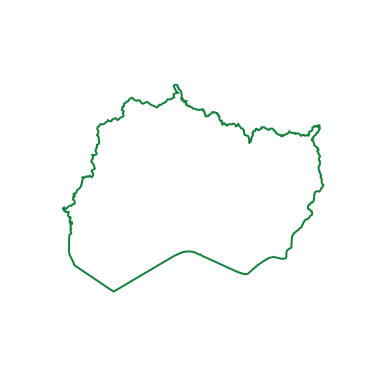 Nyamasheke, Western, Rwanda, rotated 214°
{"feature_id": "39286606B22601397790462", "entity_name": "Nyamasheke", "entity_type": "district", "adm_level": 2, "iso_a3": "RWA", "parent_name": "Rwanda", "parent_adm1": "Western", "projection": "albers", "projection_center": [29.106, -2.358], "detail": "fine", "context": "isolated", "style": "outline", "palette": "green", "viewbox_px": 384, "rotation_deg": 214, "n_neighbors": 0, "source": "geoboundaries", "source_scale": "gbopen_adm2", "svg_char_len": 6066}
<svg xmlns="http://www.w3.org/2000/svg" viewBox="0 0 384 384"><g transform="rotate(214 192 192)"><path d="M295.0,172.0L293.1,171.2L292.2,169.9L293.3,168.3L295.3,167.0L293.9,166.5L293.7,165.3L293.2,164.9L292.9,163.6L293.3,162.7L292.7,161.9L292.7,161.1L289.2,159.9L285.6,157.1L286.9,154.5L286.9,153.1L284.0,151.9L284.0,151.2L283.3,150.5L283.2,149.1L283.6,148.0L285.7,148.4L286.2,147.8L286.4,146.7L288.4,145.9L288.2,145.2L289.2,144.0L289.6,143.6L290.4,143.6L291.0,142.8L289.7,142.1L289.2,139.5L288.1,137.8L288.0,136.2L287.3,135.5L287.3,132.3L288.2,129.5L288.2,128.2L287.4,126.5L287.5,126.0L289.1,124.6L289.1,124.2L288.6,123.6L286.9,123.2L286.9,122.2L287.7,121.7L287.0,120.9L287.1,119.9L286.2,119.2L285.4,119.3L283.7,118.2L282.7,116.8L283.1,115.8L284.3,114.8L284.2,113.2L285.6,112.5L286.5,110.4L286.9,107.5L287.3,107.3L289.4,107.7L289.8,106.5L289.5,105.8L288.7,105.7L288.3,106.3L288.3,105.7L287.7,105.6L287.4,104.9L286.1,104.8L286.1,105.2L284.2,105.4L283.2,106.3L283.1,105.5L282.1,104.7L281.7,103.1L279.7,102.5L278.8,103.2L278.2,102.8L278.2,101.5L277.5,101.3L277.2,99.5L276.5,98.3L275.8,98.3L275.9,99.0L275.6,99.3L275.1,99.1L275.2,99.6L274.6,99.8L273.8,98.9L273.7,98.1L274.3,97.6L274.4,96.9L273.8,96.5L273.0,94.7L271.7,94.3L271.4,93.2L271.7,92.7L268.9,90.1L269.7,88.4L268.8,86.2L260.7,73.9L258.4,71.5L251.6,67.7L248.5,65.5L206.9,65.5L201.2,65.8L171.2,128.8L167.9,134.3L165.7,137.3L162.4,140.3L159.6,142.1L156.6,143.3L150.7,144.3L150.1,145.0L148.3,144.7L146.0,145.1L109.7,151.1L103.5,152.9L101.5,153.9L100.1,155.2L96.7,168.0L93.1,176.9L90.8,181.1L87.9,183.9L80.0,186.9L77.8,188.8L77.4,189.9L77.7,191.3L80.1,194.9L80.5,196.9L79.6,199.7L78.1,201.2L78.3,201.1L83.9,210.4L84.5,214.3L83.0,219.5L82.4,220.3L82.6,221.5L81.5,224.1L82.1,225.4L82.0,227.7L82.6,228.8L82.3,230.3L82.7,231.2L82.5,232.3L81.1,234.3L80.5,235.8L80.7,238.0L79.8,240.3L80.3,241.4L81.1,241.8L81.7,242.9L83.1,242.7L84.4,243.4L85.5,242.9L86.7,243.1L86.9,243.9L87.7,244.7L88.0,245.8L87.4,247.1L87.8,247.6L86.8,249.9L87.1,250.2L86.2,250.9L86.4,251.4L86.1,252.7L86.7,254.3L87.3,254.5L88.4,257.2L89.2,258.0L89.2,259.1L89.9,260.1L89.7,261.4L89.0,262.3L88.0,263.2L87.1,263.2L86.6,263.7L86.6,266.6L87.0,267.3L86.7,267.8L86.7,270.2L87.1,270.4L87.3,271.5L88.7,271.6L89.8,272.3L91.8,275.4L93.6,276.0L94.0,277.6L94.5,277.8L94.6,278.4L97.4,279.7L97.9,280.7L98.7,280.8L99.4,281.3L101.3,284.2L101.1,285.5L101.5,286.1L101.7,287.0L102.3,287.4L102.5,288.3L103.1,288.5L103.5,289.3L104.2,289.3L105.1,290.2L105.7,291.5L105.6,292.6L105.9,293.2L107.3,294.1L108.4,294.2L109.2,295.2L110.9,295.9L111.2,296.4L110.6,297.3L111.3,298.3L112.8,298.9L113.3,298.5L114.6,299.0L116.7,299.1L119.3,301.6L121.5,302.0L121.2,302.6L121.8,302.5L122.1,303.0L121.9,304.4L122.3,304.8L121.9,305.7L122.0,307.1L121.3,309.0L121.8,310.7L121.0,311.6L121.3,312.2L121.0,312.7L121.3,314.5L121.7,314.8L121.6,315.9L122.2,316.1L122.0,316.5L122.6,316.8L122.6,317.1L123.2,317.3L123.2,318.3L123.7,318.5L124.2,318.0L124.0,317.1L124.9,317.3L124.8,316.1L126.5,315.9L126.7,314.9L127.2,315.0L127.7,314.5L127.6,313.7L128.1,312.6L127.0,311.1L127.0,309.9L127.1,309.2L128.3,308.1L128.4,307.2L128.0,306.9L128.1,306.2L127.4,304.9L127.0,304.9L126.9,304.2L127.7,304.2L127.7,303.5L128.7,303.3L129.7,301.9L131.3,301.9L131.7,301.1L132.6,300.8L133.0,299.6L135.8,300.2L137.2,299.8L138.7,298.0L139.4,298.5L140.0,298.4L141.0,297.2L142.1,297.2L143.4,296.3L144.9,296.7L144.6,296.0L145.3,295.5L145.3,293.8L146.6,292.5L147.1,290.8L148.8,289.8L148.1,289.0L149.1,288.2L150.6,288.6L153.2,287.7L154.0,288.1L155.6,287.9L156.7,288.9L157.8,288.6L159.4,289.3L161.1,289.4L162.7,288.0L162.8,286.7L163.8,286.1L165.0,286.3L166.8,285.8L168.0,286.1L169.8,285.2L169.9,284.1L170.3,284.1L169.9,283.5L170.9,281.7L171.2,280.4L172.7,280.2L173.1,280.6L174.2,280.3L174.4,279.5L173.9,278.0L174.4,277.1L175.0,276.9L174.6,276.2L174.9,274.6L174.0,274.2L173.2,272.9L173.2,270.3L172.2,268.7L171.6,266.8L172.1,264.1L172.8,266.2L174.9,268.5L177.1,269.8L180.1,268.7L182.5,270.7L183.3,272.2L184.4,272.3L185.6,272.9L187.1,272.3L191.6,274.3L191.8,273.8L191.4,272.4L191.9,272.2L192.4,271.1L193.3,271.8L195.6,272.1L196.4,271.2L196.7,270.3L199.1,269.1L199.7,268.3L199.8,267.4L200.5,267.2L200.4,266.6L201.9,266.6L202.3,266.9L202.6,266.7L203.6,267.1L204.2,266.7L204.0,266.1L204.2,265.5L204.5,266.0L205.3,265.4L205.7,266.4L206.5,266.6L207.0,267.5L207.6,266.6L209.7,267.5L211.1,269.4L211.5,269.3L212.2,269.9L212.4,270.4L213.0,270.2L213.7,270.8L214.7,270.7L215.0,271.4L215.6,271.5L216.5,270.9L218.1,270.7L218.4,270.0L219.5,269.9L220.0,269.1L219.8,267.9L221.0,265.2L220.8,264.4L222.5,262.6L223.7,262.7L224.1,263.8L226.4,264.9L227.2,265.9L228.4,265.7L228.6,266.2L229.0,266.0L229.4,266.5L229.8,265.7L230.3,265.7L231.9,264.1L234.9,262.7L235.8,262.8L238.0,261.6L239.0,262.1L241.7,261.6L242.3,261.9L242.7,261.1L243.9,261.4L244.9,260.8L245.7,261.9L246.3,261.6L246.8,262.4L247.6,262.5L247.4,264.1L248.7,263.3L249.1,262.5L249.8,263.4L251.6,262.4L251.9,264.1L253.2,263.6L253.1,264.6L254.1,265.3L254.6,266.6L257.5,269.3L258.3,269.4L259.3,270.1L260.5,269.7L261.5,271.0L262.5,270.9L263.3,272.0L263.9,272.4L264.4,272.2L266.3,271.2L266.6,269.7L262.2,267.0L259.1,266.4L261.4,264.0L261.9,262.5L259.7,260.6L261.5,257.1L262.6,255.9L263.8,255.5L264.1,254.6L263.9,252.7L264.4,252.0L264.3,251.2L265.7,249.3L266.7,246.6L268.0,246.0L267.8,243.9L268.4,243.1L268.5,242.3L270.2,242.3L274.5,241.4L279.7,241.5L282.1,237.7L284.6,237.7L286.2,238.7L287.7,238.2L288.8,236.7L290.7,236.1L292.4,236.1L293.3,236.6L294.3,236.7L295.4,235.3L295.8,234.0L295.8,231.1L297.1,230.0L297.4,230.3L296.7,229.3L297.8,227.0L296.5,225.3L297.3,223.9L297.2,223.2L296.6,222.9L296.5,221.4L295.7,220.7L293.9,220.9L293.1,218.4L291.4,217.2L291.2,216.5L293.3,212.7L293.1,211.6L293.9,210.3L294.6,209.9L295.2,210.4L296.7,210.5L298.7,207.5L298.4,206.1L298.6,205.2L301.8,204.4L301.5,203.6L302.5,201.6L302.7,199.7L303.5,198.4L306.0,196.8L305.7,194.6L306.6,193.3L306.0,191.5L304.0,190.3L302.9,189.1L302.6,188.0L302.7,186.3L302.3,185.9L301.2,186.0L300.5,185.6L296.6,181.2L296.3,179.4L297.2,178.0L295.7,175.9L296.0,174.8L295.4,173.8L295.0,172.0Z" fill="none" stroke="#15803d" stroke-width="2"/></g></svg>